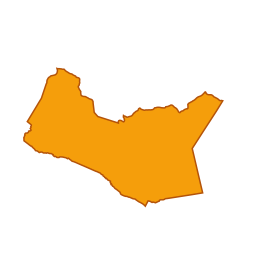 the district of Canudos, Bahia, Brazil, rotated 294°
{"feature_id": "56859067B47198937140500", "entity_name": "Canudos", "entity_type": "district", "adm_level": 2, "iso_a3": "BRA", "parent_name": "Brazil", "parent_adm1": "Bahia", "projection": "equal_earth", "projection_center": [-38.948, -10.003], "detail": "fine", "context": "isolated", "style": "filled", "palette": "amber", "viewbox_px": 256, "rotation_deg": 294, "n_neighbors": 0, "source": "geoboundaries", "source_scale": "gbopen_adm2", "svg_char_len": 5016}
<svg xmlns="http://www.w3.org/2000/svg" viewBox="0 0 256 256"><g transform="rotate(294 128 128)"><path d="M153.5,38.9L152.5,39.7L152.0,40.1L151.5,40.3L150.7,40.5L149.8,40.7L149.0,40.7L148.3,40.5L147.6,40.3L146.9,39.8L146.4,39.2L145.7,38.3L145.1,37.5L144.3,36.4L143.6,36.0L142.8,35.7L142.1,35.1L141.6,34.9L141.0,34.8L140.1,34.7L139.3,34.6L138.6,34.7L137.9,34.8L137.3,35.1L136.7,35.3L136.1,35.5L135.4,35.4L134.7,35.4L119.9,36.8L113.8,36.0L112.0,35.8L92.9,33.4L91.7,37.8L91.4,38.5L90.6,38.7L89.8,38.6L89.1,39.1L88.5,39.0L87.8,38.9L87.1,39.8L86.6,40.3L85.9,40.1L85.5,39.7L85.2,39.0L84.7,38.5L84.2,38.7L83.6,38.7L83.1,38.5L82.3,37.9L81.9,36.8L81.3,36.4L80.4,36.2L79.6,36.8L78.5,36.7L77.5,36.9L76.6,36.8L76.0,37.3L75.0,37.7L74.0,38.2L72.0,46.5L72.2,47.5L71.6,48.4L71.2,49.6L70.9,50.6L70.6,51.3L70.2,52.0L69.7,52.7L69.9,53.6L70.1,54.5L69.8,55.8L69.5,56.9L70.0,57.5L70.6,58.2L71.0,59.3L70.8,60.8L71.1,61.7L71.4,62.3L71.7,62.9L71.8,63.7L72.5,64.3L72.7,65.4L72.7,66.1L72.9,67.2L73.4,68.1L73.3,69.3L73.2,70.5L72.5,70.7L72.3,71.4L72.0,72.4L72.5,73.2L72.4,74.2L72.2,75.0L72.6,76.2L73.1,77.1L73.9,77.5L74.2,78.3L74.5,79.0L74.8,79.8L75.1,81.0L75.2,81.8L75.4,82.6L75.6,83.7L75.4,84.6L75.4,85.4L76.1,85.7L76.0,86.6L75.6,87.7L75.4,88.9L75.1,89.8L74.9,90.5L75.1,91.6L75.2,92.6L75.4,116.3L75.6,118.1L75.4,118.9L75.5,119.7L75.6,120.6L75.2,121.5L74.8,122.7L74.9,124.0L74.4,124.5L74.0,125.0L74.0,125.9L73.3,127.0L73.4,128.1L72.8,128.4L73.0,129.3L72.7,130.0L72.3,130.6L72.3,131.7L72.3,132.8L72.2,133.6L71.2,133.8L70.6,134.5L70.5,135.3L69.8,135.2L69.3,135.8L69.4,136.7L68.6,137.5L68.5,138.6L68.2,139.4L67.7,140.2L67.3,141.3L67.3,142.4L66.9,143.5L66.7,144.5L66.4,145.6L66.2,146.5L65.7,147.2L64.9,147.9L64.5,148.7L64.4,149.6L64.4,150.7L64.4,151.9L64.5,152.9L64.7,153.9L65.1,154.9L65.1,155.9L65.1,156.8L65.4,157.7L65.4,158.9L65.4,160.4L65.4,161.3L65.6,162.0L65.9,163.1L65.9,164.0L65.5,164.8L65.4,165.9L65.2,166.8L65.0,167.9L65.0,169.2L64.9,170.5L64.8,171.2L64.8,172.1L64.4,173.2L64.2,174.3L63.9,174.9L63.6,175.6L69.6,176.0L70.0,178.0L69.9,178.9L69.8,180.3L70.5,180.9L70.7,182.1L70.9,183.6L71.9,184.4L72.7,185.2L73.3,185.6L73.9,186.3L74.7,186.2L75.5,186.7L76.0,187.7L76.3,188.4L76.6,189.1L77.1,189.8L77.8,190.4L78.5,190.8L78.9,191.3L79.3,192.1L92.4,212.4L99.1,222.6L103.8,219.0L113.9,211.3L130.8,198.5L135.4,195.0L147.7,196.9L156.1,198.2L177.6,201.6L179.5,201.9L191.4,203.5L191.2,202.2L190.6,201.4L190.4,200.4L190.7,199.7L190.9,199.0L191.2,197.9L191.3,196.4L191.4,195.0L191.4,193.9L192.0,192.4L192.2,191.6L192.2,190.6L191.8,189.5L191.2,188.2L191.0,187.2L191.1,186.2L191.4,185.2L192.2,184.7L192.4,184.0L191.8,183.5L190.7,183.3L189.6,182.8L188.8,182.6L187.9,182.1L186.7,181.3L185.9,180.4L185.2,179.7L184.6,179.2L183.9,178.8L183.2,178.4L182.5,178.2L181.7,177.8L180.7,177.4L180.0,176.9L179.3,176.3L178.5,175.9L177.8,175.4L177.3,174.9L176.7,174.5L176.1,174.1L175.4,173.5L174.9,173.2L174.3,173.2L173.8,173.1L173.1,173.5L172.5,173.8L172.0,174.1L171.4,174.3L170.5,174.7L169.7,174.4L169.3,173.6L168.8,173.1L168.3,172.6L167.8,172.1L167.0,171.7L166.4,171.4L165.9,171.1L165.4,170.3L164.5,169.6L163.8,169.4L163.1,169.1L163.1,168.1L163.5,167.4L163.9,166.9L164.5,166.1L165.0,165.2L165.5,164.5L165.6,163.8L165.8,162.9L165.8,162.0L166.2,161.2L166.5,160.3L166.8,159.3L166.6,158.2L166.1,157.5L165.5,157.2L165.0,156.7L164.5,156.2L163.9,155.7L163.3,154.7L162.7,153.8L161.9,153.8L161.4,153.4L161.0,152.8L160.7,151.9L160.4,151.2L160.1,150.2L159.9,149.1L159.6,148.1L159.1,146.9L158.6,146.0L158.1,145.5L157.7,144.9L157.2,144.1L156.3,143.9L155.4,143.6L155.0,143.2L154.6,142.7L154.1,141.9L153.6,141.1L153.3,140.2L152.8,139.2L152.4,138.5L152.1,137.7L151.6,136.7L151.0,136.0L150.7,135.0L150.7,134.1L150.5,133.1L150.5,132.1L150.9,131.5L151.0,130.7L150.4,130.2L149.8,129.9L149.3,129.9L148.6,129.9L148.0,129.9L147.5,129.5L146.9,128.9L146.2,128.4L145.4,128.0L144.6,127.8L143.9,127.2L142.9,127.0L142.1,126.9L141.4,126.7L140.6,126.4L140.0,125.8L139.5,125.2L138.7,124.2L138.1,123.6L137.4,122.7L137.5,121.9L137.6,120.9L137.4,119.7L137.6,118.8L136.9,119.0L136.0,119.4L135.4,120.3L134.9,120.9L134.4,121.0L134.0,121.6L133.1,121.8L132.3,121.8L131.8,121.4L131.8,120.3L132.0,119.2L132.0,118.5L131.8,117.8L131.5,117.1L130.9,116.6L129.9,116.5L129.1,116.9L128.6,117.2L126.2,95.8L128.5,90.8L136.7,85.9L137.8,85.4L138.8,84.3L139.1,83.7L139.2,82.8L139.0,81.2L139.0,80.1L139.2,79.4L139.2,78.2L139.3,77.3L139.4,76.5L139.2,75.7L138.9,75.0L138.7,74.4L138.6,73.4L138.6,72.3L139.1,71.6L139.7,71.2L140.5,70.7L141.1,70.4L142.0,70.1L142.5,69.5L143.0,68.6L143.6,67.7L144.4,66.9L144.8,66.3L145.4,65.8L146.0,65.6L146.6,65.9L147.6,65.9L148.3,65.6L148.9,65.6L149.5,65.6L150.2,65.2L151.0,64.7L151.7,64.5L152.2,64.3L153.0,64.0L153.5,63.4L153.7,62.7L153.6,61.4L153.3,60.3L153.6,59.7L154.1,59.0L154.1,58.2L154.1,57.4L154.1,56.5L154.3,55.7L154.5,54.9L154.4,54.2L154.2,53.4L154.1,52.4L154.3,51.4L154.5,50.0L154.6,48.8L154.8,48.0L155.0,47.3L155.4,46.4L155.7,45.7L155.3,44.8L155.0,44.1L154.9,43.2L154.6,42.3L154.3,41.3L154.0,40.5L153.6,39.8L153.5,38.9Z" fill="#f59e0b" stroke="#b45309" stroke-width="1.5"/></g></svg>